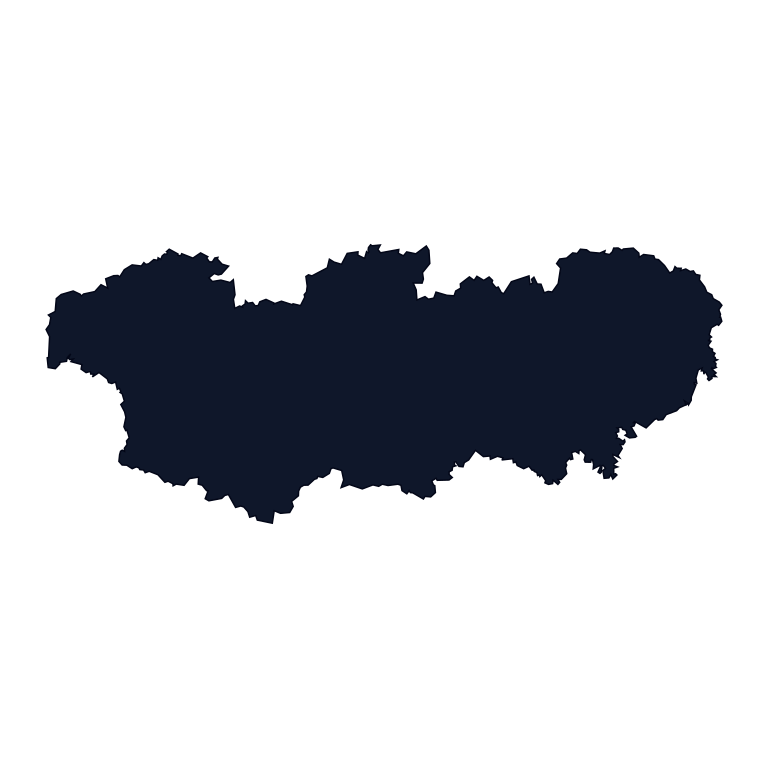 the district of Chris Hani, Eastern Cape, South Africa
{"feature_id": "47623444B97098873518332", "entity_name": "Chris Hani", "entity_type": "district", "adm_level": 2, "iso_a3": "ZAF", "parent_name": "South Africa", "parent_adm1": "Eastern Cape", "projection": "orthographic", "projection_center": [27.423, -31.861], "detail": "fine", "context": "isolated", "style": "filled", "palette": "ink", "viewbox_px": 768, "rotation_deg": 0, "n_neighbors": 0, "source": "geoboundaries", "source_scale": "gbopen_adm2", "svg_char_len": 6097}
<svg xmlns="http://www.w3.org/2000/svg" viewBox="0 0 768 768"><path d="M716.2,376.6L714.0,374.6L716.1,372.9L711.4,368.8L711.9,367.5L713.5,368.6L716.4,367.4L715.5,366.4L716.0,363.6L713.9,361.6L717.4,359.8L715.2,359.1L715.2,357.5L713.5,356.4L715.0,353.4L712.4,351.7L712.5,349.2L709.4,347.8L708.2,345.2L711.0,341.2L707.8,340.4L709.7,340.0L709.8,338.0L711.5,337.0L709.1,334.8L711.3,327.7L717.1,324.3L718.6,325.3L721.8,321.3L720.6,317.1L719.7,317.2L720.5,314.3L718.8,309.8L721.9,305.3L719.2,302.0L713.2,298.6L711.7,294.7L706.8,292.2L704.6,286.8L699.4,279.9L699.9,275.3L695.7,274.4L693.4,270.9L690.1,271.5L685.8,269.0L680.5,270.7L681.2,268.3L676.8,268.2L675.0,266.6L673.3,271.0L669.7,273.0L664.5,265.5L658.5,259.6L655.0,259.1L653.7,255.8L643.6,254.5L639.2,257.3L638.8,253.1L633.3,248.1L623.3,249.0L622.1,250.4L618.2,248.0L613.7,248.1L612.4,251.7L609.6,254.5L604.3,253.5L605.0,250.8L599.7,253.1L589.9,252.2L586.6,249.8L580.4,249.2L577.2,253.5L572.7,252.9L566.6,258.1L559.7,259.0L556.6,263.6L560.6,268.0L558.2,283.6L552.2,292.0L548.2,291.4L544.2,292.8L541.0,284.2L537.2,284.0L533.9,277.2L531.6,279.3L532.6,283.1L530.0,284.3L529.0,275.9L511.4,281.7L503.7,293.7L501.3,292.6L498.2,287.0L496.0,287.8L491.9,282.7L492.6,280.4L489.1,277.0L483.8,280.4L476.9,276.3L474.1,280.4L469.4,276.9L460.3,283.9L460.7,288.1L455.7,291.0L454.1,295.8L446.9,295.3L436.0,292.1L433.8,298.1L428.4,299.2L425.0,296.6L416.9,300.0L416.2,289.9L413.2,283.0L422.1,283.1L423.4,279.1L422.5,272.6L429.8,263.5L428.9,250.2L426.3,246.0L415.8,253.8L406.7,251.9L403.4,255.8L398.3,253.3L398.8,249.5L380.5,252.8L377.9,249.5L380.3,245.0L372.1,245.8L370.6,244.8L368.5,247.5L368.1,250.2L369.1,251.5L368.4,252.8L366.6,251.6L364.6,258.4L357.8,255.1L358.0,251.8L347.2,253.4L341.5,264.3L334.1,262.1L329.4,259.2L327.3,267.8L311.9,275.9L308.5,274.8L305.9,276.5L307.2,286.1L306.5,292.0L304.2,294.7L304.8,297.1L300.5,305.6L293.0,303.8L292.6,304.8L281.4,301.2L273.7,304.0L273.9,303.0L266.0,299.4L259.8,301.8L258.2,305.5L255.2,305.9L252.6,302.5L248.1,303.2L245.5,300.7L245.1,304.0L242.4,305.9L242.7,307.2L239.6,306.0L234.8,308.4L233.4,299.3L235.0,294.8L233.3,279.7L230.1,282.5L220.9,280.1L212.4,281.5L208.9,277.9L214.2,273.5L218.2,274.9L221.4,274.1L228.6,266.1L222.1,264.2L217.4,259.1L217.9,257.4L214.8,258.0L212.3,261.9L209.4,261.9L206.6,257.9L207.8,256.7L200.6,252.9L192.9,258.1L181.7,253.7L180.7,255.8L177.8,255.3L178.0,254.0L169.2,249.2L166.5,251.6L167.5,252.2L166.7,254.3L164.5,254.0L162.2,255.9L160.8,259.4L158.1,257.8L157.7,260.3L153.8,259.6L148.7,263.8L145.8,264.4L143.9,262.6L141.3,266.0L132.1,264.9L124.3,269.7L119.7,276.9L117.9,275.5L113.7,275.7L105.7,278.8L107.7,288.1L101.0,284.7L94.8,291.6L83.6,294.0L81.3,296.1L80.2,294.3L73.2,291.0L61.2,294.5L56.3,298.6L55.2,311.5L48.4,315.0L50.8,317.4L49.5,324.7L46.1,329.5L49.6,336.6L48.6,357.4L47.2,357.8L48.2,367.5L55.3,368.7L59.8,363.9L59.7,362.3L66.5,361.3L67.4,357.2L70.7,353.8L68.4,358.4L69.9,359.6L73.3,359.0L71.0,361.6L81.9,364.6L81.1,369.1L86.1,372.6L89.3,371.7L90.6,372.1L90.7,374.0L93.9,374.2L92.4,376.9L99.0,372.5L107.3,378.9L108.6,382.5L111.8,383.5L115.6,382.0L117.3,389.3L119.4,388.3L120.8,391.4L120.0,392.4L122.2,393.8L124.4,401.2L120.8,404.5L124.6,411.8L125.9,417.3L123.9,426.8L125.7,430.6L126.9,430.1L129.2,437.8L126.5,441.0L127.1,444.5L124.4,448.2L124.6,451.4L122.2,450.2L120.6,451.2L119.6,454.7L118.9,461.4L122.1,465.0L126.8,465.2L132.2,468.7L136.2,466.9L138.8,467.7L139.8,469.6L143.6,470.0L145.2,472.7L149.2,471.3L157.9,474.7L164.9,482.3L168.1,481.2L172.9,483.7L173.1,485.8L176.2,484.1L184.1,485.3L189.4,478.6L198.6,477.1L198.2,484.1L202.2,485.2L206.6,490.7L208.2,490.8L205.2,498.7L208.9,500.8L221.7,498.4L224.8,495.4L228.4,494.5L235.6,507.4L240.8,506.0L243.8,507.0L247.9,511.6L249.7,517.2L255.7,515.5L257.3,520.1L272.3,523.2L274.2,510.7L280.5,513.3L289.7,512.5L293.2,506.4L291.6,501.4L298.4,495.8L298.6,491.1L300.4,487.2L303.8,485.2L308.1,485.1L314.4,479.3L316.9,478.5L317.7,476.4L322.8,477.4L329.3,473.4L331.0,468.6L333.0,467.9L341.7,470.5L343.7,479.9L341.1,487.6L349.4,484.5L362.3,488.9L372.9,484.9L378.7,486.3L382.3,484.2L388.0,485.5L397.9,484.2L401.0,485.3L402.0,490.6L406.8,493.8L409.1,490.7L410.4,492.6L412.7,492.8L423.4,499.0L425.0,496.4L430.7,496.9L435.4,492.6L434.8,485.7L433.4,484.9L431.8,480.9L436.0,478.3L437.2,480.3L449.0,480.0L452.3,477.5L449.1,474.5L449.1,471.8L452.1,470.3L452.6,466.8L455.8,465.8L454.5,465.1L454.4,462.0L455.8,461.7L459.0,466.4L463.0,466.8L464.3,462.6L468.6,460.0L475.5,450.3L483.4,456.6L490.0,456.0L490.4,459.3L497.4,456.3L503.0,457.8L502.2,459.6L502.3,459.9L512.8,458.7L513.4,462.7L515.9,462.0L517.2,465.5L523.7,468.7L529.0,466.2L532.1,470.2L533.9,470.0L534.2,471.4L536.9,472.5L537.6,475.5L539.2,474.9L539.8,476.6L541.7,474.8L545.7,480.6L544.9,482.8L548.5,484.4L552.6,483.6L553.1,480.2L557.9,484.4L559.7,482.3L557.9,479.4L561.3,479.4L566.7,473.7L565.5,468.1L566.7,465.1L565.6,462.7L569.4,458.2L570.5,459.6L572.8,459.0L571.6,452.5L575.4,451.4L578.8,453.5L579.0,450.6L580.5,449.9L585.5,454.7L584.2,459.8L585.2,462.1L590.7,462.2L591.3,459.5L592.5,459.6L593.6,464.5L593.2,468.9L599.8,465.4L600.3,467.2L598.0,472.1L600.0,473.4L601.3,472.2L602.0,465.6L603.1,465.3L605.5,468.2L602.9,470.6L604.1,478.3L608.9,477.9L610.8,474.5L612.8,479.0L616.9,475.0L615.6,473.7L613.8,474.2L613.7,468.3L617.6,466.9L613.8,465.4L613.9,464.0L617.5,461.5L612.9,456.6L612.9,454.5L619.4,457.6L617.9,455.5L622.2,448.5L620.1,444.5L623.2,444.6L625.0,441.9L624.5,439.8L622.9,441.2L618.7,438.3L616.4,438.4L617.4,435.9L615.7,432.6L618.7,431.8L618.7,429.4L617.0,427.9L621.7,427.3L622.7,429.4L625.8,430.2L627.2,433.9L625.1,435.3L629.5,437.9L635.2,437.3L636.6,436.3L631.1,426.9L634.1,425.9L635.2,423.1L633.4,422.7L634.6,421.4L646.1,427.9L654.7,419.5L656.7,418.6L658.1,420.1L662.8,419.6L666.2,414.6L676.6,410.7L679.4,407.8L685.9,404.8L684.4,400.8L687.0,402.5L686.7,404.5L688.2,403.4L688.6,404.8L691.2,400.3L691.3,396.8L696.0,384.8L694.4,384.3L694.1,382.6L696.8,383.2L695.9,378.2L698.3,369.9L702.2,368.0L701.3,370.9L703.6,370.8L703.9,374.2L704.6,372.0L705.6,372.2L708.4,377.1L707.5,378.9L709.0,380.5L712.0,378.4L711.9,376.5L716.2,376.6Z" fill="#0f172a" stroke="#020617" stroke-width="1.5"/></svg>